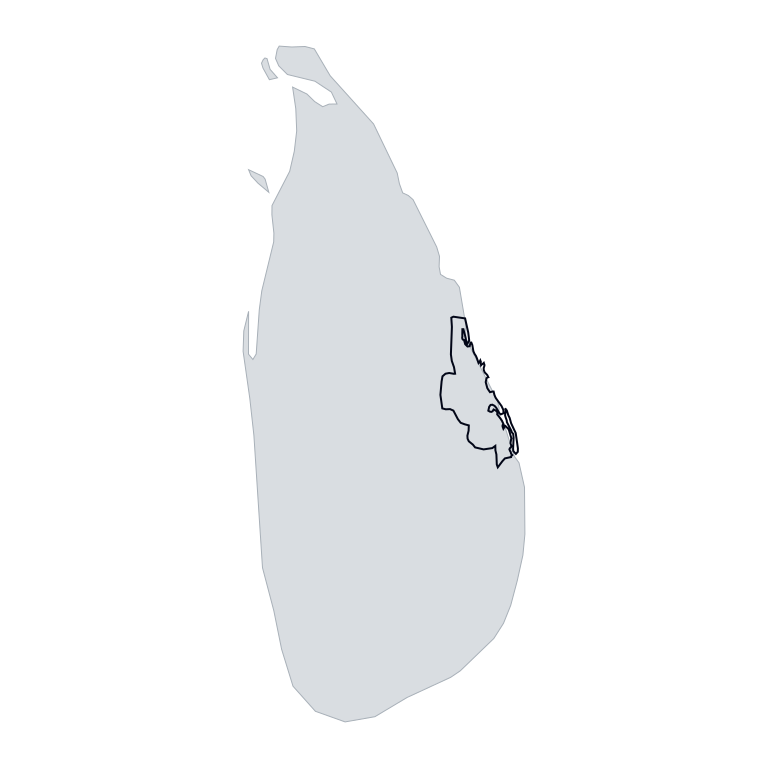 location of Maḍakalapuva within Sri Lanka
{"feature_id": "LKA-2452", "entity_name": "Maḍakalapuva", "entity_type": "District", "adm_level": 1, "iso_a3": "LKA", "parent_name": "Sri Lanka", "parent_adm1": "", "projection": "equal_earth", "projection_center": [81.59, 7.833], "detail": "fine", "context": "in_parent", "style": "outline", "palette": "ink", "viewbox_px": 768, "rotation_deg": 0, "n_neighbors": 0, "source": "natural_earth", "source_scale": "10m", "svg_char_len": 3517}
<svg xmlns="http://www.w3.org/2000/svg" viewBox="0 0 768 768"><path d="M279.2,46.1L291.7,47.0L305.0,46.5L314.3,48.9L330.2,75.8L373.6,124.0L397.2,173.0L399.4,183.7L402.7,192.9L408.3,195.5L413.1,199.7L436.7,247.0L439.5,256.4L439.1,266.7L440.5,274.4L446.6,278.2L454.3,280.2L459.4,287.3L465.8,325.1L465.8,336.9L467.6,342.0L497.4,400.8L499.1,408.0L498.8,413.3L499.7,418.0L505.4,428.4L514.4,456.4L519.0,462.8L524.5,487.3L524.9,534.2L522.9,555.1L517.3,580.5L510.7,605.4L503.5,623.3L493.8,638.5L460.3,670.8L450.7,677.3L407.0,697.5L374.9,716.7L345.1,721.9L315.4,711.3L293.0,686.2L281.6,649.2L273.8,610.6L262.5,567.7L253.9,435.4L249.8,398.4L243.1,351.3L243.8,330.9L248.6,311.3L248.5,354.2L252.9,359.5L256.2,354.0L259.3,309.6L261.8,290.8L273.7,241.9L273.9,233.2L271.9,214.8L272.0,205.6L289.7,171.3L294.3,151.3L296.7,130.9L295.8,108.8L292.6,87.1L306.9,94.0L314.7,101.6L322.7,106.7L329.1,104.1L337.0,104.0L331.4,92.1L314.9,81.2L287.4,74.5L278.8,65.9L275.5,58.4L277.2,49.6L279.2,46.1ZM265.1,179.1L268.8,192.3L258.1,183.3L251.1,175.8L248.6,169.7L263.1,176.5L265.1,179.1ZM277.5,77.8L269.4,79.7L263.0,68.1L261.5,63.2L263.2,59.7L264.9,58.0L267.0,58.6L270.1,69.4L277.5,77.8Z" fill="#d9dde1" stroke="#a8b0b8" stroke-width="1"/><path d="M465.1,318.4L465.5,320.2L468.2,332.4L469.2,340.4L466.8,344.7L466.8,344.8L465.5,337.5L465.3,336.5L463.4,329.2L462.4,329.2L462.3,334.8L462.4,336.5L462.2,337.0L462.2,337.8L462.4,338.9L462.9,339.6L464.0,340.0L464.2,340.6L465.2,344.2L467.5,346.5L469.7,346.2L470.5,342.5L471.3,342.5L472.1,344.5L472.3,345.0L473.4,351.3L474.5,353.8L475.9,355.9L476.8,358.0L478.5,362.9L479.1,362.0L479.9,361.2L480.3,360.4L480.9,362.0L480.3,362.9L480.6,363.5L480.8,363.9L480.9,364.0L481.0,364.4L481.1,365.2L481.8,364.4L483.1,363.6L483.8,362.9L484.1,363.9L484.5,365.1L484.2,366.5L483.7,367.9L483.7,369.0L483.8,370.1L484.7,372.4L486.3,374.0L487.3,375.1L488.3,377.2L487.7,377.3L487.4,377.5L487.0,377.9L486.7,378.1L486.5,378.3L486.1,380.2L485.7,382.1L487.3,388.1L488.1,389.4L490.0,392.2L492.7,391.5L493.6,391.5L494.5,395.2L495.5,397.5L495.9,398.2L501.5,406.0L503.3,409.8L503.6,413.2L500.7,414.4L499.4,413.2L496.2,407.7L494.5,405.8L492.3,404.7L492.1,404.8L490.6,404.9L489.2,406.8L488.3,410.7L489.8,411.6L491.3,411.9L492.6,411.3L493.6,409.5L495.1,410.2L496.6,411.2L497.0,411.9L497.4,412.5L497.2,414.4L498.9,416.5L500.6,418.7L502.0,420.8L503.4,423.9L502.7,425.0L502.5,426.0L502.8,427.2L503.4,428.8L504.2,427.5L503.7,425.1L505.2,425.8L508.3,428.8L509.0,430.2L511.4,438.4L511.2,438.7L510.5,443.1L510.6,443.6L511.2,445.4L511.4,446.1L510.9,447.3L509.9,448.2L509.4,449.3L510.0,450.9L510.7,452.0L510.9,452.9L510.9,453.0L511.3,454.0L512.3,455.1L510.9,456.5L511.0,457.1L508.5,457.6L504.9,458.4L502.3,461.3L497.8,467.3L496.8,464.5L496.4,454.5L495.4,450.3L495.3,445.9L492.3,448.1L483.6,449.4L475.1,447.4L472.9,444.6L468.8,441.3L467.6,438.7L467.4,435.7L468.6,430.7L468.8,425.4L464.7,424.3L460.7,422.8L457.9,419.2L453.4,410.6L450.0,409.1L445.8,409.3L442.3,408.4L440.4,394.9L441.6,381.4L442.5,376.3L445.5,373.7L449.2,373.0L453.9,373.8L455.1,373.7L454.0,367.2L451.8,360.9L450.9,354.4L451.9,326.9L451.3,317.7L453.4,316.7L465.1,318.4ZM506.9,422.2L506.7,420.3L506.2,418.9L505.6,417.2L505.1,415.5L505.2,413.6L505.6,412.0L505.8,410.3L505.1,408.3L506.8,410.5L508.4,415.5L509.6,417.8L509.9,418.8L511.1,423.2L514.2,429.9L515.7,433.0L517.9,448.3L517.8,451.8L515.9,453.9L514.1,452.0L513.5,451.2L513.2,450.8L513.2,450.0L513.1,449.1L513.1,448.7L513.6,437.7L513.2,433.9L511.8,432.3L511.3,430.7L506.9,422.2Z" fill="none" stroke="#020617" stroke-width="2"/></svg>